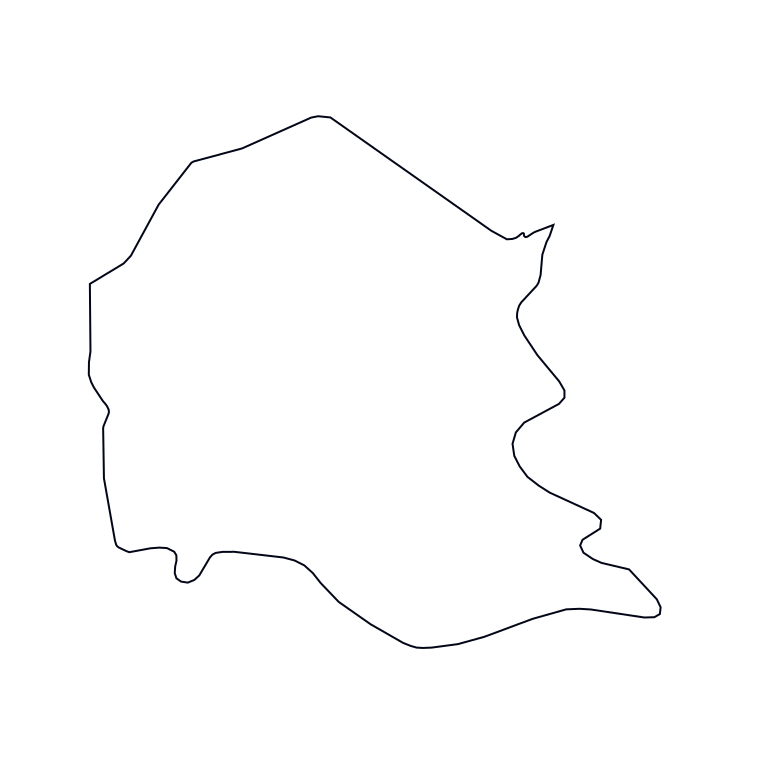 the State of Gezira, rotated 278°
{"feature_id": "SDN-875", "entity_name": "Gezira", "entity_type": "State", "adm_level": 1, "iso_a3": "SDN", "parent_name": "Sudan", "parent_adm1": "", "projection": "robinson", "projection_center": [33.161, 14.479], "detail": "fine", "context": "isolated", "style": "outline", "palette": "ink", "viewbox_px": 768, "rotation_deg": 278, "n_neighbors": 0, "source": "natural_earth", "source_scale": "10m", "svg_char_len": 1648}
<svg xmlns="http://www.w3.org/2000/svg" viewBox="0 0 768 768"><g transform="rotate(278 384 384)"><path d="M318.1,115.5L320.3,114.9L323.2,113.0L324.9,111.5L328.1,107.9L340.2,97.2L345.1,93.8L352.1,90.4L364.5,88.8L375.3,88.8L442.2,78.8L467.1,109.4L475.8,115.5L530.3,135.9L576.2,162.4L577.2,163.6L578.0,164.8L597.5,210.6L637.7,274.8L640.0,281.5L640.5,293.8L550.7,468.9L544.4,485.5L545.5,490.9L547.1,494.3L549.2,496.7L550.9,498.1L552.5,499.7L552.8,500.7L552.5,501.5L550.2,502.1L549.6,502.6L549.2,504.1L550.0,505.7L554.6,510.9L556.0,513.0L565.1,529.6L553.5,527.4L547.4,525.2L534.1,522.8L513.7,523.9L505.8,522.9L502.5,521.5L484.0,508.6L480.5,507.0L476.3,506.2L472.5,506.0L468.5,506.4L461.1,509.6L451.6,516.2L433.9,531.9L411.0,557.1L402.7,563.6L395.6,564.6L388.7,560.1L365.3,528.2L354.4,521.3L342.7,519.6L331.0,523.0L321.2,529.9L312.0,539.0L304.9,551.4L299.5,563.2L285.5,609.9L279.7,617.9L270.9,618.2L257.4,602.3L251.4,600.7L244.7,605.0L239.7,615.3L237.1,624.4L234.5,652.5L208.8,684.1L201.4,689.0L194.6,689.2L190.7,684.2L189.0,674.3L189.5,620.1L188.6,608.9L186.2,595.8L172.1,563.8L147.7,518.7L136.7,493.4L129.6,467.9L128.0,459.1L127.5,452.9L128.4,446.7L130.3,438.9L144.2,404.2L161.9,369.5L178.0,349.1L186.9,339.8L193.3,330.3L196.8,320.0L198.2,308.5L197.0,259.3L195.3,247.5L193.3,240.8L191.2,237.9L188.1,235.8L168.7,227.7L163.6,223.5L160.0,217.3L160.1,210.5L162.7,205.5L167.6,203.1L174.2,202.6L180.2,203.1L185.5,202.2L188.7,199.6L191.3,191.9L190.7,184.2L188.8,175.6L182.0,155.2L182.7,152.0L185.2,144.1L186.1,142.5L187.3,141.3L191.4,139.4L251.6,119.8L301.3,112.0L303.1,112.1L316.3,115.4L318.1,115.5Z" fill="none" stroke="#020617" stroke-width="2"/></g></svg>